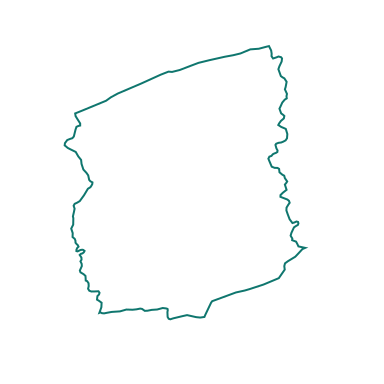 San Jacinto, Canelones, Uruguay, rotated 338°
{"feature_id": "84410073B72021861156852", "entity_name": "San Jacinto", "entity_type": "district", "adm_level": 2, "iso_a3": "URY", "parent_name": "Uruguay", "parent_adm1": "Canelones", "projection": "robinson", "projection_center": [-55.825, -34.536], "detail": "fine", "context": "isolated", "style": "outline", "palette": "teal", "viewbox_px": 384, "rotation_deg": 338, "n_neighbors": 0, "source": "geoboundaries", "source_scale": "gbopen_adm2", "svg_char_len": 3035}
<svg xmlns="http://www.w3.org/2000/svg" viewBox="0 0 384 384"><g transform="rotate(338 192 192)"><path d="M209.0,303.6L223.6,304.6L240.2,304.4L248.9,298.7L249.8,295.3L251.5,293.0L255.0,292.1L263.5,290.7L266.6,289.3L273.0,286.3L276.0,286.2L273.5,284.5L270.3,282.3L270.2,280.0L269.9,277.0L266.8,274.2L267.6,272.7L267.3,271.0L267.1,269.4L268.9,267.1L273.3,263.0L275.6,262.5L277.8,262.2L278.9,261.0L279.1,259.5L277.8,258.5L275.5,258.6L273.5,258.4L272.3,253.9L272.4,248.7L272.6,244.5L273.8,241.9L276.6,239.8L278.5,238.6L278.6,236.5L277.6,234.7L274.4,231.7L272.2,229.6L272.9,228.0L276.0,226.7L280.5,225.4L280.9,219.9L282.8,218.9L284.2,217.9L283.3,213.9L283.6,211.4L282.3,209.9L280.5,206.5L281.4,203.2L280.3,201.7L277.7,200.6L275.4,198.4L275.3,192.0L275.3,189.7L277.0,188.2L279.2,188.3L281.0,187.3L282.8,187.1L284.3,187.2L286.1,186.9L286.9,185.5L286.6,183.3L287.0,179.6L288.1,178.8L290.6,178.8L293.2,179.5L295.5,179.5L298.1,179.2L300.2,177.8L302.1,174.0L302.6,168.7L301.8,167.8L299.1,165.1L297.1,162.2L298.4,161.1L301.1,159.4L304.7,158.2L306.1,156.1L305.4,154.6L304.1,152.5L304.3,147.5L306.5,145.5L309.2,142.9L312.6,141.1L314.9,140.7L315.5,138.6L316.8,136.6L316.6,131.6L318.1,129.8L321.0,125.3L320.2,121.2L318.9,119.6L317.8,117.8L318.1,110.5L320.1,108.2L324.0,104.6L325.5,101.9L325.1,100.4L323.0,98.8L320.7,98.8L317.2,98.6L316.6,95.9L317.7,93.5L318.4,90.4L318.0,85.5L307.6,84.2L299.5,81.6L288.8,81.7L281.4,80.6L273.2,78.9L257.5,76.3L246.4,74.7L238.0,74.5L226.4,74.3L218.5,73.2L215.3,71.6L206.9,71.5L185.7,72.4L160.1,72.9L152.3,73.8L146.5,75.2L121.3,75.4L113.1,75.4L112.5,78.1L113.1,81.6L114.0,86.5L113.2,88.5L111.5,88.2L109.3,88.3L107.4,90.5L103.2,96.3L101.2,97.3L98.8,97.1L95.8,97.1L92.5,99.1L91.4,101.1L92.0,102.1L93.3,104.6L95.1,106.7L99.2,111.3L99.9,116.4L101.2,120.7L100.1,124.6L99.7,130.5L101.3,134.7L102.0,137.7L101.2,142.2L101.8,144.0L103.3,145.8L102.5,147.3L101.2,148.4L99.6,149.5L96.7,150.0L90.6,154.6L84.5,158.4L81.3,158.9L78.8,159.0L77.1,160.4L76.9,163.5L75.1,166.2L72.4,170.1L72.2,171.7L71.2,174.1L69.6,177.8L66.3,180.7L66.0,185.4L64.4,189.0L65.7,191.5L65.7,193.4L65.0,195.4L65.5,197.0L66.2,198.5L66.3,200.2L64.6,200.9L63.2,202.3L62.7,203.5L63.7,204.2L65.1,204.1L66.9,204.0L68.6,204.4L69.5,205.0L70.3,206.4L69.1,207.4L67.4,207.9L65.9,207.7L64.3,208.3L64.6,209.7L64.9,211.4L64.2,213.4L62.6,214.5L62.8,217.3L62.1,219.4L58.6,222.8L58.5,224.7L60.7,227.6L61.8,229.9L61.0,232.3L60.3,234.3L61.4,235.4L61.9,237.8L61.0,240.5L59.4,242.8L59.8,245.1L61.5,246.6L65.2,248.0L68.1,249.0L68.5,250.8L67.4,252.2L65.3,253.1L63.6,256.2L64.9,257.9L66.7,260.8L64.8,264.9L60.9,269.3L62.0,269.3L63.1,270.6L65.0,271.6L68.2,272.2L72.6,273.1L80.5,275.7L87.1,276.4L92.8,278.9L96.6,280.0L100.3,280.7L101.9,281.7L103.7,284.5L106.3,285.4L110.5,286.2L115.7,287.9L121.4,288.6L124.3,290.2L125.5,291.2L125.3,292.4L124.2,294.2L122.6,298.7L122.9,300.8L124.2,301.9L127.2,302.1L136.5,303.5L141.3,304.3L149.0,309.6L152.6,311.5L156.7,312.5L158.3,310.9L168.2,301.8L169.8,300.8L195.1,301.6L204.0,303.1L209.0,303.6Z" fill="none" stroke="#0f766e" stroke-width="2"/></g></svg>